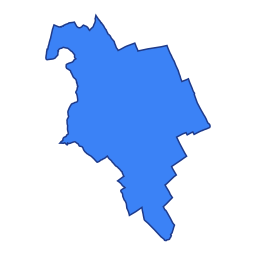 Tanacu, Vaslui, Romania
{"feature_id": "2599482B56716933323538", "entity_name": "Tanacu", "entity_type": "district", "adm_level": 2, "iso_a3": "ROU", "parent_name": "Romania", "parent_adm1": "Vaslui", "projection": "mercator", "projection_center": [27.831, 46.668], "detail": "fine", "context": "isolated", "style": "filled", "palette": "blue", "viewbox_px": 256, "rotation_deg": 0, "n_neighbors": 0, "source": "geoboundaries", "source_scale": "gbopen_adm2", "svg_char_len": 5568}
<svg xmlns="http://www.w3.org/2000/svg" viewBox="0 0 256 256"><path d="M202.4,130.5L204.6,129.5L206.0,129.1L209.7,127.5L210.0,126.6L210.1,126.1L209.9,125.4L209.7,124.7L209.4,124.2L208.0,123.1L206.8,120.7L206.3,119.3L204.9,116.6L203.5,114.4L202.7,112.9L201.4,110.7L199.5,107.2L198.7,105.6L197.3,103.0L195.6,98.3L194.3,94.6L194.4,94.0L194.5,93.3L194.5,93.2L193.8,92.3L192.9,90.5L192.1,88.2L189.7,82.5L188.4,78.8L186.5,79.7L181.9,81.5L180.7,78.5L180.1,76.2L179.2,73.9L178.2,70.6L175.7,65.2L174.1,61.0L173.7,60.5L172.2,57.6L171.3,55.5L170.1,53.3L168.7,50.0L167.6,47.3L167.0,45.5L161.1,46.8L147.8,48.9L137.9,51.0L137.8,50.5L137.7,50.1L137.0,48.5L136.3,47.0L136.1,46.5L135.7,45.3L135.2,44.0L134.8,43.1L127.0,46.0L125.0,46.9L120.8,49.2L118.1,50.5L117.9,50.1L117.8,49.6L116.5,48.0L115.8,46.3L115.6,45.6L114.6,43.2L114.4,42.3L114.1,41.4L111.6,38.5L110.9,37.5L110.5,36.4L109.9,35.6L109.3,35.0L108.0,33.9L107.7,33.5L107.5,32.7L106.9,31.7L106.4,30.7L106.4,30.2L105.5,29.1L104.8,28.1L103.9,26.4L103.4,25.5L102.2,24.0L101.4,22.8L101.0,22.9L100.7,22.4L100.5,21.8L99.8,20.8L99.4,20.4L98.8,19.6L98.1,18.8L97.3,17.5L96.3,16.1L95.9,15.4L95.7,16.1L95.6,16.8L95.5,17.6L95.2,18.3L95.1,18.9L95.3,19.5L95.4,20.1L95.2,21.4L94.9,22.6L94.0,24.5L93.3,26.4L92.7,27.3L91.8,28.0L90.1,29.7L89.9,30.0L89.7,30.4L89.0,29.8L88.5,29.0L88.5,28.5L87.9,27.9L87.5,27.2L86.6,26.6L86.0,26.2L84.6,25.7L83.6,25.1L82.7,25.6L82.4,26.0L81.8,26.8L80.1,27.7L79.5,27.8L78.1,27.5L76.7,26.4L74.4,22.1L72.9,22.4L68.9,22.9L68.6,23.3L67.7,23.7L65.9,24.3L64.7,24.9L63.8,25.3L63.4,25.6L63.2,26.1L62.5,26.0L62.1,26.1L61.4,26.9L61.0,27.0L60.4,26.7L60.1,27.0L58.8,26.9L56.5,26.0L54.0,24.9L53.2,27.3L52.9,28.3L52.7,28.8L52.6,29.0L50.7,37.5L50.5,38.7L50.3,38.9L49.4,42.0L48.8,44.8L48.4,45.8L48.3,46.4L48.2,46.5L48.2,47.1L47.6,49.4L47.0,49.3L46.9,50.5L46.6,51.8L46.5,53.5L46.2,55.3L46.1,55.7L46.0,56.7L45.9,57.8L46.0,58.5L46.1,58.8L46.3,59.3L46.5,59.5L47.2,59.7L48.4,59.5L52.6,59.0L53.4,58.8L54.9,58.2L57.9,54.9L57.8,54.1L58.1,51.7L58.4,51.2L57.9,50.8L59.0,49.3L59.5,48.8L60.2,48.5L61.6,48.2L63.2,47.3L66.2,48.0L67.7,48.2L69.0,49.2L71.4,51.3L72.0,51.5L72.9,52.6L73.5,53.5L74.0,54.1L74.5,54.5L74.6,55.6L74.5,56.9L74.6,57.3L75.0,58.0L75.8,58.8L74.0,60.0L73.6,60.5L73.5,61.0L73.0,61.5L72.8,61.6L72.5,62.0L70.7,62.7L69.1,63.1L66.6,64.3L66.3,64.6L66.2,65.1L66.2,65.9L66.1,66.7L66.1,67.0L66.7,68.4L67.3,68.7L70.3,70.6L70.5,70.8L70.8,72.0L71.7,73.6L73.2,76.9L74.2,78.0L75.2,78.8L75.7,79.3L76.0,79.8L76.9,82.8L76.7,82.8L77.5,85.3L77.6,85.5L77.4,85.6L77.5,86.0L77.8,86.2L77.9,86.4L77.8,86.6L77.6,87.1L77.3,88.1L77.2,88.1L77.1,89.3L76.9,89.9L75.9,91.8L75.8,92.3L75.8,92.6L75.9,92.9L76.4,93.4L76.6,93.7L77.3,96.2L77.3,96.5L77.4,97.2L77.7,99.4L77.7,100.2L77.6,101.0L77.0,101.8L76.8,102.0L76.5,102.1L74.5,102.6L73.7,103.2L72.3,103.6L71.5,104.1L70.6,105.5L70.1,106.4L69.1,108.3L68.8,109.2L68.0,111.1L67.9,111.9L67.9,112.6L68.0,113.0L68.1,114.8L68.2,115.1L68.6,116.0L68.6,116.5L68.3,117.5L67.5,118.7L67.0,120.1L67.0,120.4L67.0,120.8L67.1,121.5L67.1,122.8L67.2,124.1L67.5,125.0L67.6,125.4L67.6,126.2L67.5,128.3L67.5,129.4L67.6,130.2L67.8,131.1L68.0,131.8L68.2,132.7L68.2,133.7L68.1,134.0L67.7,134.5L66.7,135.0L66.3,135.9L66.2,136.2L66.0,136.5L65.3,136.8L64.5,137.1L63.8,137.5L63.3,138.1L62.9,139.2L62.8,139.7L62.9,140.1L62.8,140.4L61.5,141.3L60.8,141.9L60.6,142.3L59.9,143.1L60.0,143.1L61.3,143.1L63.4,143.3L64.6,142.8L64.9,142.9L65.2,143.3L67.1,144.9L67.5,144.6L67.6,143.1L68.5,143.5L69.6,143.4L70.5,143.2L71.0,142.9L72.4,142.4L72.9,142.2L74.3,141.8L74.6,141.8L75.3,141.9L77.1,143.3L78.0,143.7L79.3,146.0L79.5,146.1L80.9,146.4L81.7,146.6L82.3,147.0L82.8,147.7L83.0,148.1L83.2,148.8L83.4,149.2L83.8,150.1L84.9,151.7L86.0,152.6L86.6,153.4L87.5,153.9L89.2,155.1L90.6,155.8L91.7,156.7L94.1,159.0L95.7,160.8L97.1,162.2L97.7,162.1L99.6,161.2L99.8,160.9L100.2,160.6L100.6,160.2L102.2,159.6L102.6,159.2L104.9,158.1L105.5,157.6L107.3,156.1L109.0,158.6L111.2,160.5L111.7,161.1L112.0,161.7L112.4,162.2L113.6,163.4L114.2,164.2L115.3,165.5L115.8,166.0L117.5,167.0L118.5,168.2L119.6,169.1L121.1,171.0L121.5,171.4L122.1,171.8L122.2,172.0L122.2,172.7L122.3,172.9L122.8,174.0L123.6,175.9L123.9,176.2L117.6,180.9L119.2,182.0L119.9,182.6L121.0,183.6L121.6,184.4L121.9,184.9L122.6,185.8L123.9,186.6L125.0,187.7L124.4,188.0L123.5,188.4L123.3,188.6L122.2,189.3L120.9,190.3L120.8,191.0L121.1,191.9L121.4,192.2L121.7,192.6L121.8,192.6L122.2,193.2L122.5,193.7L122.6,194.5L122.8,196.4L124.2,199.9L125.2,201.1L126.1,203.0L126.4,204.2L126.8,207.8L126.9,208.3L128.0,210.6L128.5,212.0L129.1,214.0L129.4,215.4L135.7,211.7L141.9,207.4L142.3,210.2L143.1,213.9L143.4,215.7L144.2,219.5L144.3,219.8L145.0,220.6L148.0,223.2L154.1,229.4L161.3,237.1L161.8,237.4L164.1,239.3L164.3,239.6L164.4,240.1L164.8,240.4L165.5,240.4L165.8,240.6L166.1,240.6L166.9,239.9L167.9,239.7L168.9,239.5L169.3,239.3L169.6,239.0L169.8,238.4L170.2,237.8L170.8,236.9L171.3,235.6L170.7,234.9L170.6,234.7L171.2,234.0L171.4,233.6L171.9,233.1L172.1,232.7L172.4,231.7L173.1,229.5L173.8,227.0L174.5,225.1L174.3,224.8L174.0,224.6L173.5,223.9L173.0,223.3L172.5,222.5L171.2,220.0L170.5,218.6L167.1,212.5L166.1,210.8L165.4,210.0L165.1,209.9L164.9,209.9L163.3,206.7L166.4,203.8L172.4,197.6L170.5,194.8L170.0,193.9L169.6,192.9L169.2,192.1L168.8,191.3L166.4,187.4L165.5,185.8L165.1,184.9L165.7,184.5L166.7,183.7L172.0,178.6L173.9,176.8L176.3,175.0L172.6,168.7L171.6,166.5L181.2,160.0L183.4,158.4L186.6,156.2L184.6,152.8L179.7,143.6L176.6,137.1L182.7,133.9L186.0,132.6L186.6,133.9L187.2,134.9L191.4,132.6L192.8,132.0L194.1,134.4L199.8,131.5L202.3,130.4L202.4,130.5Z" fill="#3b82f6" stroke="#1e3a8a" stroke-width="1.5"/></svg>